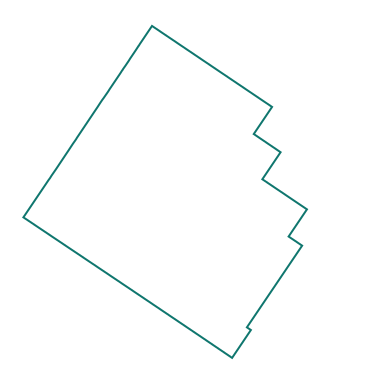 outline of Sheridan, Montana, United States of America, rotated 214°
{"feature_id": "52423323B77016721752679", "entity_name": "Sheridan", "entity_type": "district", "adm_level": 2, "iso_a3": "USA", "parent_name": "United States of America", "parent_adm1": "Montana", "projection": "mercator", "projection_center": [-104.195, 48.694], "detail": "fine", "context": "isolated", "style": "outline", "palette": "teal", "viewbox_px": 384, "rotation_deg": 214, "n_neighbors": 0, "source": "geoboundaries", "source_scale": "gbopen_adm2", "svg_char_len": 974}
<svg xmlns="http://www.w3.org/2000/svg" viewBox="0 0 384 384"><g transform="rotate(214 192 192)"><path d="M318.0,307.3L318.0,307.2L318.0,306.8L318.0,299.1L318.0,295.4L318.0,286.0L318.0,285.5L317.9,283.5L318.0,283.4L317.9,278.1L317.9,267.9L317.8,265.7L317.8,259.0L317.9,255.9L317.8,254.1L317.9,253.8L317.8,250.7L317.8,242.0L317.8,231.2L317.7,228.4L317.8,220.4L317.9,218.3L317.9,217.8L317.9,215.2L317.8,209.7L317.8,209.2L317.8,206.3L317.8,205.8L317.8,204.2L317.8,203.8L317.7,172.4L317.6,170.8L317.7,165.4L317.6,156.8L317.6,153.5L317.5,134.5L317.6,127.5L317.6,126.8L317.5,124.4L317.5,123.7L317.6,122.1L317.6,113.5L317.6,111.9L317.6,109.9L317.6,101.8L317.6,99.2L317.6,98.1L317.6,95.7L317.6,94.9L317.6,92.8L317.6,92.1L317.6,90.3L317.6,89.2L317.6,81.5L317.6,76.7L238.5,76.9L178.2,77.0L109.8,77.0L66.0,76.9L66.0,110.5L70.8,110.5L70.7,209.1L87.0,209.1L87.0,241.9L140.8,241.9L140.8,274.5L173.2,274.6L173.2,307.3L318.0,307.3Z" fill="none" stroke="#0f766e" stroke-width="2"/></g></svg>